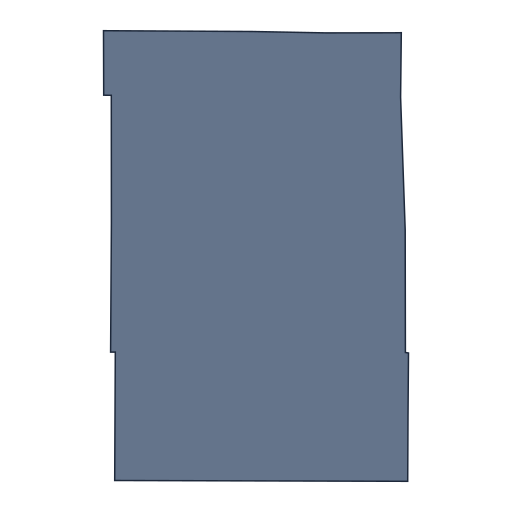 outline of Hubbard, Minnesota, United States of America
{"feature_id": "52423323B61321967815878", "entity_name": "Hubbard", "entity_type": "district", "adm_level": 2, "iso_a3": "USA", "parent_name": "United States of America", "parent_adm1": "Minnesota", "projection": "natural_earth1", "projection_center": [-94.906, 47.108], "detail": "fine", "context": "isolated", "style": "filled", "palette": "slate", "viewbox_px": 512, "rotation_deg": 0, "n_neighbors": 0, "source": "geoboundaries", "source_scale": "gbopen_adm2", "svg_char_len": 352}
<svg xmlns="http://www.w3.org/2000/svg" viewBox="0 0 512 512"><path d="M111.4,223.1L110.6,352.1L115.3,352.1L114.7,480.5L333.7,481.1L407.7,481.3L408.0,416.9L408.5,353.0L405.4,352.5L405.2,230.1L400.6,97.2L401.3,32.7L393.8,32.8L326.0,32.9L251.9,31.5L103.5,30.7L103.7,95.2L111.3,95.3L111.4,223.1Z" fill="#64748b" stroke="#1e293b" stroke-width="1.5"/></svg>